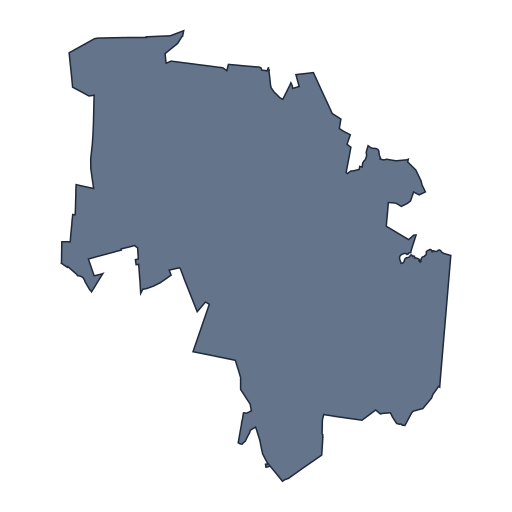 Tequisquiapan, Querétaro, Mexico
{"feature_id": "50627088B65246255323427", "entity_name": "Tequisquiapan", "entity_type": "district", "adm_level": 2, "iso_a3": "MEX", "parent_name": "Mexico", "parent_adm1": "Querétaro", "projection": "equal_earth", "projection_center": [-99.971, 20.542], "detail": "fine", "context": "isolated", "style": "filled", "palette": "slate", "viewbox_px": 512, "rotation_deg": 0, "n_neighbors": 0, "source": "geoboundaries", "source_scale": "gbopen_adm2", "svg_char_len": 5674}
<svg xmlns="http://www.w3.org/2000/svg" viewBox="0 0 512 512"><path d="M450.8,255.4L450.5,255.4L443.4,253.3L443.1,253.0L442.1,252.5L440.9,251.0L440.2,250.3L439.2,249.9L438.2,250.3L437.4,251.0L436.7,251.4L435.3,251.4L433.4,250.7L432.6,250.9L432.4,252.5L431.8,250.7L431.1,249.8L430.2,249.4L429.0,250.0L427.7,250.5L426.4,251.6L426.2,252.6L426.4,253.3L426.0,254.8L424.9,255.5L424.5,256.4L423.4,256.6L422.2,257.2L421.6,258.1L421.2,258.7L421.2,259.6L420.5,260.3L420.9,261.1L421.0,261.4L420.3,261.4L420.0,262.0L418.9,260.5L419.3,259.6L419.0,259.2L417.5,258.5L416.3,258.0L415.4,258.0L414.8,258.0L415.1,257.6L414.2,256.3L413.9,255.9L413.5,256.1L412.8,256.5L412.3,255.9L411.7,255.0L411.1,254.9L410.3,255.3L409.7,256.7L408.7,257.3L407.4,257.6L406.0,257.9L405.0,258.9L404.4,260.1L404.1,261.5L403.4,262.6L402.4,263.1L401.2,263.4L400.7,262.0L400.2,260.8L399.6,258.8L399.6,257.1L400.2,255.7L401.4,254.7L402.5,254.0L403.6,253.7L404.7,253.4L406.0,253.6L406.6,253.9L407.0,254.5L408.1,254.1L408.4,253.2L409.2,252.9L409.8,252.8L410.8,252.7L411.0,250.9L416.1,235.0L413.8,235.1L408.6,239.6L386.3,226.3L386.3,226.2L386.3,225.9L386.6,222.4L386.9,218.9L387.4,213.8L387.9,208.1L388.3,202.5L395.8,203.1L401.4,206.4L407.2,203.5L410.5,201.0L413.6,192.0L419.2,194.9L425.4,191.9L422.0,184.9L421.1,181.0L415.8,170.0L407.9,162.2L407.7,162.1L408.3,159.2L407.0,159.8L396.0,160.8L391.1,160.0L386.4,159.2L385.3,159.7L383.0,159.9L379.5,158.8L380.7,158.6L379.3,155.1L378.8,150.9L378.0,149.7L377.5,149.2L376.3,148.6L375.6,148.5L374.8,148.3L373.4,148.5L371.0,147.8L370.8,147.7L368.1,145.7L366.6,150.7L366.2,152.2L366.5,154.4L366.6,155.2L366.4,156.7L365.2,159.8L363.8,161.1L362.7,163.0L362.2,167.0L359.7,166.4L359.6,166.9L359.2,169.4L353.5,170.8L350.6,171.1L347.4,173.6L346.3,172.7L346.2,172.6L346.2,172.4L346.2,172.1L349.3,155.9L350.9,147.2L350.2,146.7L347.0,144.3L350.3,134.8L343.2,131.1L339.3,128.5L340.9,119.1L334.4,114.9L332.2,113.5L326.9,101.9L321.3,89.9L319.3,85.5L313.4,72.6L304.8,73.6L295.9,74.6L298.9,85.6L299.2,86.5L292.7,88.4L292.2,85.6L290.9,82.8L289.7,85.5L282.8,99.3L279.8,97.7L275.9,93.7L274.6,92.7L272.7,90.1L271.0,87.5L270.9,86.5L270.6,85.6L269.2,72.8L268.9,71.9L269.2,70.9L268.9,70.4L269.2,70.0L268.5,69.1L268.5,67.3L267.0,71.0L265.2,70.5L261.9,70.2L261.0,67.9L259.2,67.1L258.5,67.0L254.2,66.7L242.3,65.7L237.6,65.2L228.4,64.4L227.6,67.6L227.2,69.1L226.8,70.7L223.0,67.9L220.5,67.4L220.4,67.5L210.1,66.1L202.9,65.2L198.8,64.7L192.2,63.8L184.9,62.9L179.4,62.2L171.1,61.1L166.2,63.2L165.7,60.8L165.8,60.8L165.1,53.6L171.5,48.4L177.6,43.5L181.8,36.8L182.4,36.1L182.6,36.1L183.7,30.7L176.3,33.5L170.2,35.8L163.2,36.1L157.8,36.3L151.6,36.6L146.2,36.8L146.3,37.5L137.0,37.5L128.3,37.5L120.8,37.6L111.3,37.8L103.0,38.0L97.3,38.1L96.8,38.3L94.7,38.6L87.8,42.4L81.9,45.7L69.1,52.8L71.7,77.8L72.6,87.2L81.3,91.8L88.8,95.9L89.9,95.9L94.1,95.2L93.4,124.6L92.9,135.7L92.3,144.4L90.7,158.8L90.8,168.6L92.6,181.5L93.6,188.5L86.3,186.9L80.7,185.7L76.1,184.6L75.9,189.5L75.8,195.8L75.6,201.4L75.6,201.5L75.5,206.5L75.3,211.8L75.2,214.6L75.1,214.8L72.7,214.5L72.5,216.7L72.2,219.7L72.1,219.9L71.7,225.6L71.6,226.3L71.1,231.3L70.9,233.1L70.6,236.9L70.6,237.0L70.2,241.9L68.2,241.8L67.6,241.7L67.0,241.7L66.5,241.7L61.8,241.8L61.5,261.4L61.6,262.4L61.2,263.1L64.2,265.2L67.4,267.4L67.6,267.2L67.9,266.7L76.7,274.3L77.5,275.7L78.0,275.7L80.2,276.1L82.9,277.5L84.6,280.3L85.0,281.6L86.6,284.4L88.9,288.3L89.4,289.3L91.4,291.6L91.5,291.8L93.9,288.1L98.0,281.3L102.8,273.6L102.3,273.8L98.9,274.7L97.0,275.1L94.1,275.8L90.1,263.9L90.0,263.7L88.4,259.0L93.9,257.5L94.4,257.3L115.7,251.6L116.3,251.3L119.1,250.7L121.3,250.1L121.0,249.4L121.0,249.2L121.1,248.9L131.2,246.5L131.7,246.3L134.7,245.5L134.8,245.9L137.2,247.5L137.6,247.8L138.3,258.7L138.2,259.0L137.4,259.3L136.4,259.4L135.4,259.6L136.1,264.7L138.0,264.5L138.5,264.5L138.7,264.4L139.7,278.4L139.7,278.5L139.8,278.9L140.0,281.6L140.2,284.9L140.2,285.0L140.4,288.4L140.4,288.5L140.7,293.4L142.9,289.2L144.4,289.0L145.1,288.9L146.1,288.7L147.9,288.1L148.0,288.1L151.6,286.8L151.7,286.7L153.3,286.2L155.3,285.2L156.5,284.6L160.6,282.6L161.9,281.6L162.7,281.0L164.4,279.9L167.2,277.9L171.1,275.1L170.5,273.5L170.4,273.2L170.2,272.7L169.2,270.1L179.5,267.8L180.5,269.0L181.4,271.4L182.7,274.9L183.6,277.3L184.0,278.5L185.1,281.3L197.2,311.7L205.5,302.0L209.3,304.3L193.0,351.7L235.3,360.3L238.6,370.8L240.6,377.5L240.6,389.5L243.2,393.4L246.8,399.0L249.9,403.7L250.2,404.4L251.4,410.8L251.2,410.8L248.4,412.4L247.0,413.0L245.5,413.2L245.4,413.1L244.9,412.9L243.7,412.8L243.6,413.1L243.4,413.2L243.0,415.5L242.7,417.6L242.4,419.4L241.7,422.1L241.4,424.7L241.0,427.0L240.8,428.0L238.2,442.8L240.0,443.8L242.1,444.2L243.6,442.5L245.3,441.2L245.6,440.6L246.0,439.7L247.1,437.4L249.0,433.8L249.5,433.1L250.4,430.2L255.5,427.1L256.4,429.4L259.5,439.3L259.6,439.5L260.5,443.7L261.4,448.4L262.6,453.8L265.1,458.7L267.3,462.7L268.5,464.2L268.4,464.2L268.0,464.2L267.5,464.1L266.3,464.1L266.1,464.1L265.5,464.2L265.6,464.9L265.7,465.8L265.8,466.6L265.9,467.2L268.8,466.6L269.6,465.5L274.4,471.3L282.5,481.3L282.8,481.1L284.9,479.6L288.3,478.5L301.9,468.8L321.7,455.1L322.7,440.0L322.7,437.3L322.9,437.3L322.7,434.5L322.1,434.0L322.4,420.0L323.6,415.0L324.0,414.4L324.4,414.7L324.5,414.7L331.6,415.8L333.8,416.2L335.1,416.4L335.9,416.5L337.2,416.7L337.6,416.8L338.2,416.9L339.9,417.1L340.0,417.1L353.3,419.0L362.0,420.2L375.7,410.0L379.5,413.3L380.7,414.0L382.5,413.4L390.4,412.8L392.6,417.3L396.7,423.5L399.7,424.3L400.9,424.0L401.9,424.6L402.2,425.2L404.9,425.5L411.6,413.0L413.2,411.2L421.4,408.9L422.3,408.8L422.6,408.6L422.9,408.5L424.5,406.5L431.6,398.0L432.9,394.4L438.7,386.3L439.7,387.1L440.2,380.6L450.8,255.4Z" fill="#64748b" stroke="#1e293b" stroke-width="1.5"/></svg>